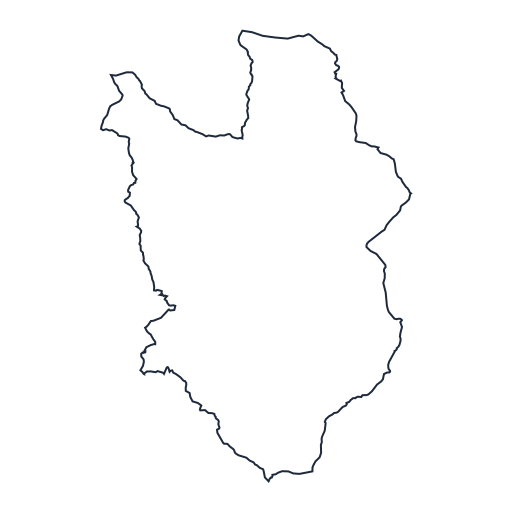 Blajeni, Hunedoara, Romania
{"feature_id": "2599482B17947676185941", "entity_name": "Blajeni", "entity_type": "district", "adm_level": 2, "iso_a3": "ROU", "parent_name": "Romania", "parent_adm1": "Hunedoara", "projection": "equal_earth", "projection_center": [22.889, 46.263], "detail": "fine", "context": "isolated", "style": "outline", "palette": "slate", "viewbox_px": 512, "rotation_deg": 0, "n_neighbors": 0, "source": "geoboundaries", "source_scale": "gbopen_adm2", "svg_char_len": 6019}
<svg xmlns="http://www.w3.org/2000/svg" viewBox="0 0 512 512"><path d="M400.5,341.0L400.6,338.7L399.9,336.7L400.4,333.1L402.0,327.0L400.3,322.2L401.9,320.3L401.8,319.9L400.4,318.8L398.6,318.7L396.9,319.2L394.4,318.7L388.9,312.1L387.9,309.7L386.9,305.7L385.7,292.6L383.3,283.0L384.7,278.3L384.8,273.5L384.0,271.3L384.1,269.1L385.6,267.1L385.3,264.9L376.5,254.0L370.6,251.0L366.5,247.1L366.5,245.2L367.0,243.7L368.4,242.0L381.8,231.5L384.5,229.8L386.6,225.2L389.1,222.0L393.2,217.4L396.4,214.9L400.1,210.4L400.9,206.5L401.6,205.6L405.9,202.5L409.0,199.4L410.3,193.9L411.0,193.4L409.7,192.4L408.9,190.3L407.4,188.1L406.0,187.0L402.4,181.8L401.0,178.7L398.2,176.9L397.6,176.0L395.9,171.9L394.8,163.2L393.6,159.2L391.9,158.5L389.3,156.3L386.6,154.7L380.5,153.0L377.5,149.2L378.5,147.5L374.1,146.4L371.8,146.4L369.2,145.3L365.7,143.0L359.7,142.2L356.1,141.3L355.4,140.3L355.7,138.0L356.5,135.9L356.5,134.3L355.4,131.5L355.0,127.1L356.2,121.1L356.5,115.8L355.8,113.4L351.5,107.1L349.3,104.5L345.2,101.1L343.0,95.0L341.5,92.5L344.0,90.9L341.8,87.9L342.1,83.0L340.9,80.6L340.2,81.0L335.7,78.6L336.3,78.3L335.5,77.0L336.2,73.8L335.3,73.8L334.6,72.2L338.3,69.5L339.1,68.0L339.0,66.7L337.7,65.6L336.3,65.3L335.0,63.4L335.2,62.3L336.7,60.9L337.3,59.2L336.3,54.9L334.7,54.5L333.5,53.0L331.1,51.1L329.9,48.6L324.2,46.1L322.5,44.5L317.6,41.4L311.2,35.6L308.4,34.1L303.1,36.4L298.5,35.7L287.7,38.6L275.1,37.5L262.6,35.8L252.1,32.2L242.4,30.7L239.2,36.4L238.5,40.4L240.1,44.4L240.8,45.4L246.5,49.4L248.0,52.1L247.7,52.8L248.3,55.4L249.4,56.4L250.3,58.8L252.2,60.0L252.6,61.4L252.6,62.2L251.4,63.4L250.6,65.6L251.3,68.2L251.0,69.5L251.2,70.2L250.3,72.3L250.7,73.9L251.7,74.5L251.7,75.3L252.5,76.3L252.1,81.1L251.5,82.8L250.3,84.2L250.3,85.1L248.9,86.8L248.7,89.2L247.3,91.2L246.3,94.2L246.5,95.1L249.2,99.4L247.7,103.2L247.2,105.7L248.0,108.2L247.1,110.7L248.0,115.1L248.3,118.0L246.8,119.7L245.1,122.7L244.7,125.4L243.9,126.2L242.1,127.0L241.9,127.6L242.0,129.1L241.6,130.1L242.7,135.1L242.3,136.9L242.4,138.5L240.5,137.9L237.5,138.5L233.2,137.3L232.3,136.9L230.1,134.3L229.5,134.1L227.7,134.2L224.3,135.5L219.9,135.3L215.8,136.6L208.7,135.5L206.1,136.4L202.6,134.2L196.7,131.9L195.3,131.7L193.4,130.1L188.5,128.2L185.5,125.3L181.4,124.5L177.4,120.2L174.4,119.1L172.7,115.0L170.1,111.4L169.8,109.1L169.3,108.5L164.2,106.4L161.1,105.8L156.0,103.8L154.7,100.9L149.7,98.3L146.4,94.3L145.3,93.5L144.6,91.1L141.9,88.3L141.6,86.2L141.9,84.7L140.0,81.0L139.3,80.5L138.3,78.7L136.7,77.3L135.1,74.7L132.4,72.4L126.6,72.3L115.9,75.6L111.0,75.0L113.1,79.0L114.2,82.3L115.4,84.1L117.4,86.0L119.1,90.8L122.4,94.6L122.6,95.7L121.2,99.4L119.2,101.4L112.1,104.9L110.2,106.3L109.1,108.6L107.2,115.0L104.0,118.9L103.2,120.5L102.8,122.6L101.5,126.0L101.0,128.9L103.0,130.2L106.2,129.2L109.5,130.5L112.0,130.1L117.0,133.2L117.9,134.3L118.0,135.1L119.4,136.0L125.6,136.6L128.6,137.8L129.3,138.8L128.7,142.0L129.2,143.5L128.3,148.4L128.9,152.6L129.7,155.3L131.3,157.1L132.6,159.6L133.2,161.8L132.9,162.2L133.6,162.6L133.4,163.1L132.6,163.3L132.4,164.5L131.5,165.4L132.1,167.6L132.0,171.6L133.1,175.1L136.6,179.0L135.5,180.7L135.3,182.8L133.9,183.0L133.2,184.4L130.8,185.3L129.8,186.3L128.1,190.0L128.2,191.7L129.9,192.6L129.7,195.8L127.8,198.0L125.3,199.6L124.7,200.3L124.7,201.2L125.4,202.5L130.8,205.5L133.9,210.0L135.5,211.5L136.1,212.4L136.2,213.8L137.5,214.9L138.9,217.4L137.6,221.4L138.1,225.3L137.9,226.1L136.7,226.6L139.8,228.6L141.2,230.8L141.1,232.2L139.7,235.1L140.2,237.9L140.3,241.1L139.4,243.9L140.6,245.6L140.8,250.5L143.0,252.8L143.0,254.8L143.4,255.7L143.8,259.2L143.4,260.4L145.0,263.3L148.2,266.3L148.5,267.0L148.8,269.2L149.7,270.2L150.5,271.9L150.5,272.9L151.6,275.8L152.2,279.3L153.5,282.2L154.2,287.1L154.0,290.4L156.3,290.6L157.2,289.9L161.7,291.0L161.8,291.8L161.2,294.2L160.0,294.9L161.4,295.2L162.4,294.4L163.5,296.0L165.1,295.6L167.0,296.2L165.2,298.1L164.7,299.4L166.8,301.1L167.2,302.7L169.1,305.3L170.3,305.6L173.4,305.3L175.3,305.8L174.3,310.0L170.2,310.5L169.0,309.5L168.6,309.6L161.0,317.8L153.3,320.8L150.9,321.0L148.3,324.8L146.6,326.7L145.1,327.7L147.0,331.4L149.4,333.7L150.5,334.2L153.4,339.4L155.1,341.6L155.3,342.6L155.2,344.2L154.4,344.0L150.7,345.1L146.4,347.2L144.5,350.7L145.4,351.0L145.3,352.3L144.8,352.5L144.0,352.0L143.5,352.8L142.6,352.5L141.2,353.8L141.3,356.6L143.5,359.2L143.9,361.7L143.0,365.8L140.4,370.3L142.4,372.0L143.7,373.9L144.1,374.1L144.0,373.6L146.9,371.5L150.6,371.4L155.7,372.2L157.5,371.1L163.0,372.7L164.0,373.9L166.7,367.6L167.5,367.1L168.1,367.4L168.6,368.5L169.6,371.8L170.7,370.7L172.2,370.4L173.3,372.7L175.9,374.0L180.3,377.2L183.5,380.7L185.0,381.1L186.2,382.9L186.3,384.8L185.7,387.6L185.8,390.9L189.6,393.0L190.3,396.9L192.6,401.4L197.9,403.0L201.3,405.5L200.2,408.2L199.9,409.7L200.3,410.4L205.0,410.1L208.4,413.0L212.2,413.2L214.3,413.9L214.7,415.7L215.7,416.8L215.6,417.6L216.0,418.4L218.2,420.1L218.8,421.5L218.3,424.1L219.5,427.8L219.0,428.7L217.0,429.7L217.4,432.8L223.1,442.8L224.0,443.7L226.9,443.8L227.9,444.3L229.6,446.3L233.3,449.1L234.2,450.4L234.8,452.4L236.0,453.7L238.6,455.3L246.4,457.7L249.7,460.6L253.6,462.4L255.2,464.6L256.7,465.1L260.0,468.0L262.9,469.1L263.5,470.3L264.9,477.4L268.6,481.3L269.9,478.4L270.8,478.0L271.1,477.4L271.9,477.4L272.5,476.0L272.4,474.8L275.7,474.3L277.9,472.8L282.1,471.2L288.4,471.4L293.2,473.4L299.4,473.9L312.4,471.4L312.5,467.5L313.5,465.0L315.5,461.3L319.5,457.5L320.6,454.5L321.1,452.6L320.9,444.9L321.8,442.2L321.6,438.5L322.3,436.2L324.7,430.8L325.6,423.6L325.5,422.7L324.8,421.9L325.9,419.2L329.0,416.3L332.2,414.6L334.1,413.0L336.4,412.7L337.9,412.0L342.6,407.0L345.9,405.6L346.8,404.1L346.4,403.0L349.3,401.8L350.7,400.0L353.2,398.1L355.5,398.2L356.0,397.5L357.9,396.7L361.3,397.0L362.4,395.2L366.5,395.1L368.4,394.4L371.8,391.4L377.1,384.5L381.1,381.5L382.9,379.3L384.0,374.0L387.2,372.5L389.4,372.4L390.1,371.6L390.0,370.8L388.7,369.1L388.3,367.3L388.2,364.9L389.0,362.0L394.7,351.6L394.5,351.1L396.2,350.0L396.8,349.0L396.7,348.2L398.4,346.7L399.4,345.0L400.5,341.0Z" fill="none" stroke="#1e293b" stroke-width="2"/></svg>